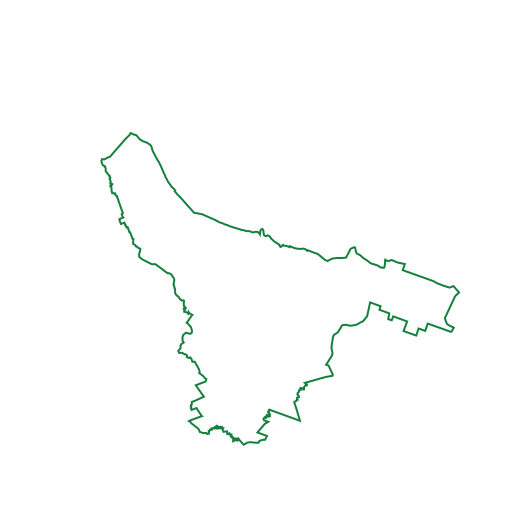 outline of Viile Satu Mare, Satu Mare, Romania, rotated 146°
{"feature_id": "2599482B28492278247457", "entity_name": "Viile Satu Mare", "entity_type": "district", "adm_level": 2, "iso_a3": "ROU", "parent_name": "Romania", "parent_adm1": "Satu Mare", "projection": "albers", "projection_center": [22.996, 47.653], "detail": "fine", "context": "isolated", "style": "outline", "palette": "green", "viewbox_px": 512, "rotation_deg": 146, "n_neighbors": 0, "source": "geoboundaries", "source_scale": "gbopen_adm2", "svg_char_len": 6153}
<svg xmlns="http://www.w3.org/2000/svg" viewBox="0 0 512 512"><g transform="rotate(146 256 256)"><path d="M371.7,106.4L367.8,106.2L365.9,105.4L363.6,104.0L363.2,103.4L358.6,99.8L356.6,100.8L353.1,99.8L351.3,98.6L347.5,100.7L353.5,108.9L342.6,111.9L338.6,111.7L341.3,115.4L340.9,116.8L338.8,117.5L338.2,117.1L338.4,116.3L338.1,116.2L336.9,117.5L336.4,116.8L335.8,117.9L335.2,117.1L335.0,115.6L333.9,115.4L333.4,117.3L333.0,117.3L333.4,118.7L332.9,118.9L332.7,119.5L333.1,120.0L332.7,120.3L331.3,120.2L331.4,120.9L330.9,121.2L311.7,94.8L307.9,106.9L306.1,113.4L304.8,113.6L303.9,113.3L302.8,113.9L301.9,113.6L302.0,114.4L301.4,115.4L300.9,115.6L299.3,115.0L298.9,115.6L298.8,116.6L299.2,117.9L298.4,118.5L298.0,119.2L296.3,119.4L295.4,120.6L293.8,120.1L293.3,121.6L292.4,121.5L291.8,120.6L291.7,119.1L290.8,118.5L289.8,120.1L288.9,120.7L287.8,120.8L287.1,121.3L286.7,121.0L286.4,120.4L285.7,120.6L285.6,121.1L286.4,123.5L265.5,116.6L259.5,113.9L258.6,114.8L257.1,124.7L258.6,126.6L249.6,130.6L247.8,131.7L246.8,132.8L245.1,137.1L243.5,139.3L237.8,145.4L235.8,146.9L230.7,147.0L223.3,150.4L220.0,148.8L216.8,145.4L213.7,143.9L210.9,142.8L207.4,142.6L203.7,142.1L197.6,143.9L187.3,153.7L180.8,144.7L183.7,142.4L177.6,133.9L181.7,129.7L179.4,126.8L176.0,129.2L167.3,117.2L175.6,111.3L173.7,108.6L167.7,100.5L161.7,104.9L157.6,99.3L151.4,103.9L136.8,84.1L135.9,84.0L132.1,86.0L134.7,90.5L135.5,92.4L135.6,93.4L134.4,98.4L133.8,99.1L113.4,111.3L108.1,112.2L109.1,120.6L113.1,121.5L116.9,126.1L120.9,131.9L123.0,136.0L142.3,162.2L137.1,166.1L142.2,171.3L145.8,176.9L148.5,177.5L151.2,179.7L150.3,181.5L154.5,176.2L156.1,174.7L157.1,175.0L159.3,177.1L160.3,179.9L164.9,185.7L166.6,190.7L168.3,194.7L169.2,198.4L171.1,201.9L170.9,203.2L169.2,207.4L169.5,208.3L172.9,209.0L174.1,208.8L182.2,204.3L185.8,206.2L190.1,209.1L193.5,210.9L195.2,211.4L199.4,211.8L201.0,214.2L203.3,222.1L204.3,224.2L205.3,225.2L209.5,231.4L210.0,231.9L210.7,231.7L211.1,233.6L212.3,235.4L215.5,237.2L217.8,239.1L219.8,241.2L222.4,245.2L223.3,244.6L224.0,245.9L225.1,247.2L227.2,249.2L227.3,249.9L227.9,249.7L228.0,250.0L230.4,249.6L230.7,250.0L230.7,251.3L230.3,252.2L232.7,257.8L233.7,262.0L233.6,263.8L234.0,265.4L234.9,266.7L236.8,266.9L237.6,268.2L237.6,269.0L237.0,270.5L235.6,273.1L235.6,274.9L236.8,275.1L238.0,274.7L240.7,271.8L240.6,272.8L241.1,275.0L243.5,276.7L245.4,277.1L247.0,279.6L247.9,280.5L250.1,282.0L251.7,284.2L253.5,285.9L261.3,295.6L262.7,298.1L264.0,299.3L265.0,301.2L267.7,304.7L269.6,308.5L277.3,320.7L283.2,326.6L286.0,347.4L286.7,350.8L287.2,355.1L286.4,355.4L286.4,356.4L286.6,358.3L287.4,360.7L287.2,361.9L287.4,367.1L287.0,369.1L286.9,372.1L286.5,372.8L286.1,375.8L284.5,384.3L283.9,389.7L284.0,390.9L282.9,400.9L281.5,405.1L281.4,406.4L281.7,407.8L283.1,411.0L285.8,414.7L287.2,418.2L287.6,423.0L289.2,424.8L290.3,426.4L290.4,427.0L291.3,428.0L293.3,427.0L298.8,426.0L321.7,419.9L323.5,420.5L327.8,420.9L329.5,422.4L331.1,421.2L331.5,419.8L331.9,419.0L332.2,416.9L331.5,415.9L331.6,415.4L331.5,415.1L331.1,414.9L331.2,414.4L331.5,414.2L331.3,413.8L331.7,412.6L333.2,410.3L332.9,406.1L332.5,403.9L333.2,403.6L333.1,402.1L334.4,401.6L334.5,400.2L335.0,398.7L335.9,398.2L336.1,397.8L336.1,397.2L335.0,396.3L334.9,395.9L335.9,395.6L337.4,395.9L337.7,395.6L337.8,395.1L337.0,394.7L339.6,390.1L339.7,389.1L340.1,388.5L337.8,386.8L338.0,386.3L338.4,386.1L338.3,385.2L338.4,384.7L338.0,384.0L338.1,383.7L337.7,383.3L337.7,382.8L338.4,381.9L338.6,380.1L339.8,376.7L339.7,376.4L342.1,367.4L342.0,366.7L342.8,365.8L343.9,365.8L344.7,363.1L344.5,362.2L348.7,362.9L349.1,362.1L349.6,360.2L350.0,358.0L346.4,357.2L347.2,354.4L347.2,354.1L346.8,353.9L347.4,352.0L346.3,351.6L347.7,346.3L347.1,345.9L348.8,339.2L348.7,338.8L348.2,338.6L351.1,334.9L350.1,332.7L350.2,332.1L350.0,331.5L350.1,331.1L349.4,330.5L349.5,329.5L347.9,326.7L349.6,324.6L351.6,323.2L353.2,320.9L353.1,319.8L352.1,316.7L347.3,308.0L346.7,307.2L344.3,305.8L343.7,304.9L339.0,291.3L337.5,290.2L336.5,287.9L336.6,283.3L337.0,281.9L339.8,279.1L340.2,278.1L340.6,277.9L340.9,276.1L341.3,275.1L341.6,274.8L341.6,274.0L342.6,272.1L343.5,271.1L344.0,269.1L343.6,267.0L343.0,265.8L343.2,263.1L342.7,262.1L342.8,261.3L342.5,260.6L341.0,259.9L340.7,259.2L342.7,256.7L343.8,254.8L343.3,253.2L344.2,253.0L343.3,252.5L343.3,252.2L343.7,251.9L344.6,252.5L345.4,252.4L345.7,251.6L345.4,251.0L346.7,250.0L344.8,247.9L344.5,245.8L343.5,246.2L343.2,246.7L343.2,245.9L342.4,244.1L342.3,243.5L341.7,242.8L350.8,239.4L350.2,238.1L350.2,236.8L349.9,235.3L349.7,233.6L350.6,230.4L351.8,228.6L352.7,228.1L354.5,228.6L356.8,231.5L360.4,231.3L362.5,229.7L363.1,228.4L364.1,227.4L364.3,226.8L364.3,224.7L367.6,224.7L369.4,223.1L369.6,222.4L370.4,221.6L373.5,220.8L373.9,218.6L371.5,217.2L370.0,214.2L369.4,213.9L369.0,213.1L368.8,211.8L369.9,211.0L368.7,208.9L367.3,208.8L367.0,207.0L367.9,203.9L365.9,202.6L366.7,193.4L367.6,191.3L368.4,190.9L368.6,190.5L367.9,189.1L366.8,185.5L366.8,183.5L366.0,181.9L366.2,181.4L367.9,180.1L378.2,182.5L377.9,168.5L388.1,170.2L390.8,170.9L392.2,169.0L393.4,168.7L393.4,168.1L393.9,168.1L394.5,166.4L395.1,166.4L395.4,164.4L390.3,163.2L390.5,160.4L390.4,156.6L390.6,154.0L390.4,153.5L402.5,156.5L403.9,156.6L403.3,155.2L403.1,153.4L400.4,145.0L400.9,141.3L400.3,140.8L398.7,138.6L396.1,137.1L395.8,135.9L395.9,135.7L394.6,135.0L393.3,136.5L393.0,137.4L392.0,137.1L391.3,137.8L390.6,137.6L390.0,136.8L389.3,137.8L388.7,137.1L387.7,137.4L387.4,137.1L387.2,136.4L386.2,135.9L386.3,136.9L385.7,137.2L385.1,136.4L384.3,137.1L383.7,136.7L383.2,137.0L382.9,136.3L383.2,135.0L384.7,135.4L385.0,135.2L384.9,134.8L383.8,134.1L382.3,133.6L381.8,134.6L381.3,134.6L380.8,133.8L381.0,132.8L379.8,133.2L379.8,132.1L379.4,131.6L380.6,131.2L381.2,128.4L378.3,127.0L378.5,126.8L378.3,126.5L379.4,124.3L377.8,123.3L377.2,123.8L377.0,123.1L377.3,122.1L376.4,121.7L377.6,120.7L376.8,120.0L377.5,119.4L377.1,119.0L377.5,118.4L378.1,118.4L376.3,117.8L377.4,116.6L376.2,116.3L376.1,116.0L377.9,115.7L378.4,115.2L375.5,114.7L375.3,115.5L374.9,115.8L374.3,115.1L374.6,113.7L373.6,114.1L373.5,115.1L372.6,114.6L373.3,112.9L373.1,112.7L372.7,113.3L371.7,106.4Z" fill="none" stroke="#15803d" stroke-width="2"/></g></svg>